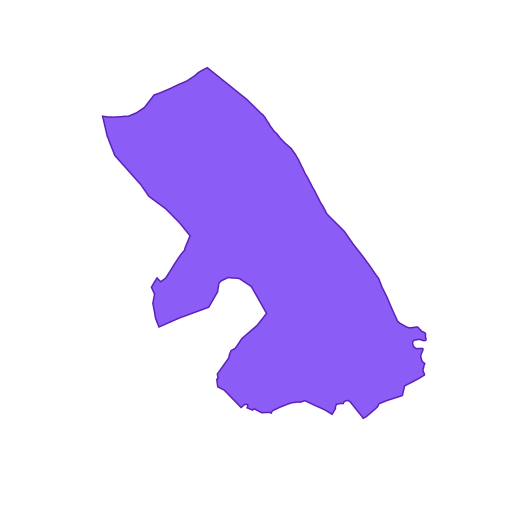 outline of Al Khabt, Al Mahwit, Yemen, rotated 64°
{"feature_id": "15242507B38979687993387", "entity_name": "Al Khabt", "entity_type": "district", "adm_level": 2, "iso_a3": "YEM", "parent_name": "Yemen", "parent_adm1": "Al Mahwit", "projection": "albers", "projection_center": [43.386, 15.485], "detail": "fine", "context": "isolated", "style": "filled", "palette": "violet", "viewbox_px": 512, "rotation_deg": 64, "n_neighbors": 0, "source": "geoboundaries", "source_scale": "gbopen_adm2", "svg_char_len": 3646}
<svg xmlns="http://www.w3.org/2000/svg" viewBox="0 0 512 512"><g transform="rotate(64 256 256)"><path d="M65.4,217.2L65.4,220.2L65.5,222.4L65.6,224.6L65.9,227.8L67.1,231.8L67.2,232.3L68.4,241.9L67.9,250.7L67.9,259.4L67.5,267.4L67.2,272.1L66.6,277.0L73.5,291.0L73.8,292.6L74.9,300.4L74.4,310.1L73.2,311.9L71.6,316.4L70.8,318.4L68.9,322.7L66.2,328.1L63.1,332.6L72.3,334.7L83.7,337.3L84.4,337.1L89.3,337.7L103.8,338.8L106.0,338.2L138.4,329.1L141.6,328.2L150.2,326.9L155.2,326.2L174.1,316.4L192.5,310.2L208.9,306.4L217.5,316.1L219.4,317.6L222.0,323.4L227.8,333.4L227.9,333.5L230.9,338.1L236.3,346.9L237.4,352.9L232.3,354.6L238.2,363.7L245.8,363.9L253.4,369.5L261.2,371.6L268.0,373.6L276.8,374.3L277.2,374.4L277.3,373.4L277.3,372.8L277.7,362.5L278.1,352.5L281.3,320.9L271.4,306.3L264.1,301.2L263.1,298.2L263.1,290.6L265.6,286.5L266.7,284.4L267.0,283.8L268.0,282.3L268.8,281.2L269.1,280.8L272.1,279.0L278.6,275.2L281.4,273.6L281.5,273.6L291.7,272.9L312.2,271.7L318.8,285.2L324.0,304.8L329.9,315.1L330.1,319.9L332.9,323.0L335.6,325.1L335.8,325.4L345.1,342.5L349.4,343.7L349.6,345.3L354.8,347.1L356.9,347.7L362.7,343.3L365.3,342.5L385.7,335.8L384.5,331.3L385.6,328.8L386.8,328.8L388.5,330.6L393.0,326.6L392.5,324.6L399.4,319.6L399.9,318.3L402.5,312.4L403.9,311.3L402.3,309.2L402.4,300.9L402.9,293.6L403.6,288.1L405.7,282.0L406.8,280.3L407.4,275.8L407.4,275.6L410.1,273.4L415.9,268.7L424.2,261.8L431.7,257.0L427.9,251.4L426.4,250.7L424.6,248.8L425.7,244.3L426.2,243.6L426.9,242.3L425.4,240.5L425.9,237.0L426.8,236.3L428.0,235.4L429.6,235.0L445.9,231.3L448.9,230.8L448.7,227.1L448.2,225.4L445.7,215.6L444.7,212.6L442.7,210.3L443.3,201.7L445.6,185.6L437.9,179.4L437.6,165.7L437.1,159.3L436.9,157.6L436.9,157.1L436.8,156.8L436.7,156.8L435.6,156.3L433.8,156.4L431.2,155.8L430.7,155.2L430.0,154.4L428.9,153.7L427.7,152.6L427.2,152.0L426.8,151.5L426.1,151.7L425.0,152.3L424.0,152.6L422.8,152.8L421.7,152.7L420.6,152.3L419.5,152.4L418.8,152.0L417.4,151.4L416.7,150.6L415.9,149.8L415.0,148.6L414.3,147.9L413.6,147.1L412.8,146.7L412.5,146.7L412.2,146.7L411.6,147.7L411.0,149.3L410.4,150.4L410.0,151.8L409.4,152.5L408.0,153.5L406.2,154.0L404.3,153.9L402.8,153.4L401.8,152.6L401.2,151.7L401.1,150.3L401.6,148.7L402.1,147.2L402.4,146.0L403.1,145.0L404.8,143.4L405.5,142.4L406.2,141.0L406.0,140.0L404.6,139.3L403.3,139.3L401.6,138.4L399.8,137.6L398.5,138.3L396.3,140.0L393.6,141.0L391.4,141.5L390.3,142.4L389.6,144.6L388.8,147.1L387.9,149.5L386.6,151.1L384.4,152.8L382.0,154.4L379.5,156.2L379.1,156.3L377.6,157.0L377.1,157.2L377.1,157.3L363.8,157.0L350.2,156.3L339.2,156.4L330.1,155.6L324.2,156.7L315.6,157.9L305.2,159.8L301.9,160.4L287.7,163.5L272.6,165.8L253.6,172.4L249.4,173.8L248.7,173.9L246.6,173.9L244.6,173.9L242.4,174.0L240.1,174.1L237.9,174.4L235.7,174.6L233.5,174.6L232.5,174.6L231.4,174.6L229.4,174.7L226.9,174.7L224.5,174.7L222.4,174.8L220.2,175.0L218.0,175.1L216.0,175.1L214.4,175.1L212.3,175.2L210.4,175.2L209.0,175.2L206.5,175.4L204.8,175.6L203.2,175.7L201.7,175.7L199.9,175.6L199.6,175.6L198.5,175.6L198.0,175.6L196.5,175.6L195.0,175.7L194.9,175.7L192.8,175.6L192.2,175.6L191.3,175.7L189.3,175.6L187.4,175.6L185.3,175.9L183.7,176.0L182.3,176.0L180.4,176.3L178.1,176.7L176.4,177.1L174.9,177.1L173.4,177.9L171.8,178.5L170.3,179.1L169.0,179.7L167.6,180.3L166.2,180.8L165.5,181.0L164.8,181.3L163.0,181.8L161.5,182.3L159.3,182.9L157.8,183.1L156.3,183.4L154.9,183.9L153.5,184.4L152.0,185.0L150.3,185.3L148.7,185.6L147.3,185.8L145.8,186.2L144.3,186.3L142.7,186.3L141.0,186.6L139.4,186.9L137.9,186.9L136.4,187.1L134.8,187.3L134.5,187.4L133.3,187.7L132.3,187.8L130.2,188.9L111.1,195.7L65.4,217.2Z" fill="#8b5cf6" stroke="#5b21b6" stroke-width="1.5"/></g></svg>